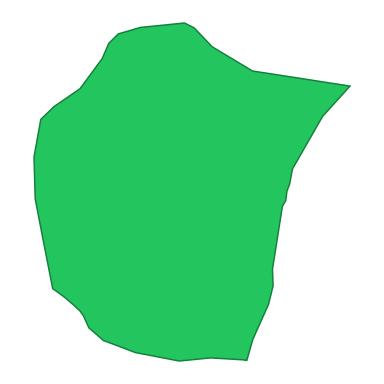 the district of Almolonga, Quezaltenango, Guatemala
{"feature_id": "79465075B59267896905043", "entity_name": "Almolonga", "entity_type": "district", "adm_level": 2, "iso_a3": "GTM", "parent_name": "Guatemala", "parent_adm1": "Quezaltenango", "projection": "natural_earth1", "projection_center": [-91.484, 14.812], "detail": "fine", "context": "isolated", "style": "filled", "palette": "green", "viewbox_px": 384, "rotation_deg": 0, "n_neighbors": 0, "source": "geoboundaries", "source_scale": "gbopen_adm2", "svg_char_len": 565}
<svg xmlns="http://www.w3.org/2000/svg" viewBox="0 0 384 384"><path d="M350.0,86.1L252.5,71.0L212.2,46.8L194.2,27.9L184.5,23.0L140.5,27.4L118.3,33.9L108.8,43.3L102.2,58.6L80.0,88.7L53.9,106.7L40.8,119.4L34.0,157.0L35.2,198.8L43.1,239.8L52.7,288.6L64.2,297.0L72.9,304.4L80.2,311.2L83.6,316.1L88.9,327.9L103.4,340.5L135.5,352.6L179.2,361.0L210.6,357.9L242.6,359.8L246.8,360.4L252.8,339.5L268.5,304.4L273.1,285.9L272.5,269.1L282.4,206.3L285.7,200.7L287.0,191.0L289.6,184.2L292.5,168.9L322.6,116.4L350.0,86.1Z" fill="#22c55e" stroke="#15803d" stroke-width="1.5"/></svg>